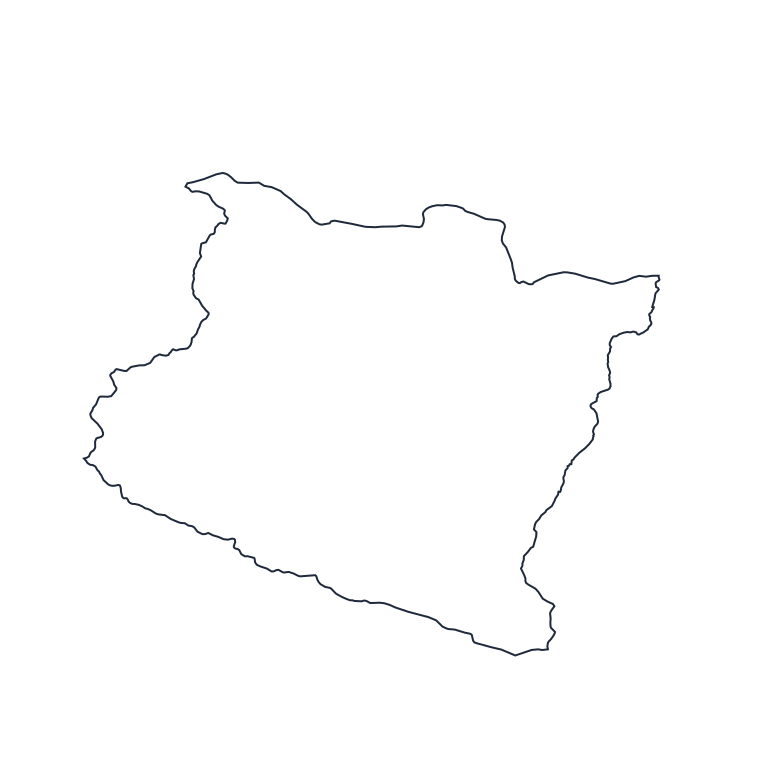 Liborina, Antioquia, Colombia (Natural Earth projection), rotated 117°
{"feature_id": "7082276B40306940233950", "entity_name": "Liborina", "entity_type": "district", "adm_level": 2, "iso_a3": "COL", "parent_name": "Colombia", "parent_adm1": "Antioquia", "projection": "natural_earth1", "projection_center": [-75.777, 6.724], "detail": "fine", "context": "isolated", "style": "outline", "palette": "slate", "viewbox_px": 768, "rotation_deg": 117, "n_neighbors": 0, "source": "geoboundaries", "source_scale": "gbopen_adm2", "svg_char_len": 6154}
<svg xmlns="http://www.w3.org/2000/svg" viewBox="0 0 768 768"><g transform="rotate(117 384 384)"><path d="M269.4,523.4L266.6,528.6L265.7,531.3L263.7,543.3L261.6,550.9L260.3,559.1L259.0,563.7L259.6,573.4L261.8,580.6L261.4,587.0L266.5,596.2L271.0,605.7L270.8,609.1L269.2,614.1L268.4,618.1L268.5,620.7L269.2,623.5L273.2,628.5L283.1,637.4L290.9,645.8L294.4,650.3L298.3,650.5L298.3,646.7L299.7,643.6L299.8,642.5L299.7,641.8L298.1,639.8L296.4,636.3L294.8,627.9L295.1,625.2L298.6,620.2L300.7,614.7L301.1,611.6L300.8,607.2L301.3,605.2L301.8,604.5L304.7,603.8L305.3,603.2L306.3,601.8L307.3,598.4L309.9,597.9L313.0,598.0L313.4,598.5L314.6,602.8L316.4,604.0L319.4,604.6L320.8,605.3L323.3,604.8L325.5,603.7L327.3,603.8L329.5,606.2L330.6,606.7L338.6,607.0L341.4,610.1L342.2,610.4L350.9,607.5L353.4,604.8L360.0,605.6L363.0,605.5L364.1,605.0L367.7,605.2L369.9,604.7L372.0,603.2L373.0,603.4L374.1,602.9L376.8,600.9L381.6,600.1L385.7,598.2L387.7,595.8L389.1,595.5L390.8,594.3L392.9,590.5L392.9,587.7L393.3,586.9L396.8,581.6L399.2,576.1L400.2,572.7L401.5,571.9L406.3,572.2L409.2,574.2L411.3,574.9L414.5,574.9L416.8,574.4L419.9,574.5L423.9,573.9L428.3,574.8L429.8,575.8L430.8,575.8L433.7,574.6L436.7,574.1L438.5,574.3L441.1,575.1L442.1,576.0L446.2,582.3L447.3,583.0L448.5,584.6L448.8,587.7L450.3,588.3L452.5,588.5L453.7,589.1L455.9,589.2L457.8,591.2L459.2,595.4L459.3,597.1L460.4,598.1L464.2,600.9L471.3,601.9L476.1,606.0L478.5,610.5L483.0,616.3L484.2,617.4L489.2,619.3L490.3,621.4L492.1,629.0L493.1,629.7L496.1,630.1L498.2,631.7L500.2,632.0L501.0,631.6L504.6,626.4L507.1,624.1L509.0,620.6L511.0,619.9L518.6,621.5L520.7,624.2L523.3,629.8L524.4,631.4L525.6,631.9L533.0,631.3L537.4,632.4L539.5,631.9L543.8,632.2L545.2,631.3L547.2,628.9L549.4,621.3L552.6,614.8L555.4,611.9L556.8,611.4L557.8,611.3L559.3,611.9L561.5,613.9L561.9,614.8L563.4,615.6L566.4,615.3L571.7,612.5L572.9,612.4L575.0,612.7L577.4,614.0L579.0,614.3L582.4,614.0L584.6,615.3L586.6,617.5L587.8,614.3L588.9,612.7L589.3,610.4L589.3,609.0L588.4,606.3L588.6,603.6L590.9,600.2L591.4,598.2L592.6,596.7L593.8,594.2L596.9,590.4L598.7,584.0L598.6,581.6L598.0,579.8L597.0,577.9L594.5,574.8L594.3,573.3L596.1,571.4L599.2,569.5L603.3,566.1L603.9,564.6L603.9,563.7L602.8,562.0L602.7,561.2L603.4,559.7L604.7,558.2L605.2,556.4L605.2,554.2L604.0,551.4L603.0,547.6L602.8,544.0L603.2,540.1L602.6,538.0L602.4,534.6L603.0,528.3L602.6,525.9L600.3,519.5L601.1,512.7L600.5,504.6L600.1,502.2L598.5,498.2L598.9,494.0L597.8,490.4L597.9,488.1L600.3,483.0L600.2,477.6L599.2,475.6L596.5,472.9L596.5,467.8L595.4,462.0L595.1,456.4L593.5,452.3L590.7,449.1L590.1,447.1L590.4,446.2L592.4,444.8L596.7,444.2L597.5,443.7L598.1,442.4L597.5,438.8L597.7,437.6L600.4,433.9L600.7,429.7L599.4,427.4L597.9,420.8L598.3,420.1L601.5,417.8L602.8,415.3L602.7,411.6L601.6,404.3L602.1,399.3L601.1,397.3L598.5,395.2L597.5,393.6L597.7,388.7L597.3,387.4L594.7,383.6L593.9,378.3L593.9,373.4L593.4,371.3L585.6,358.5L586.0,357.1L588.6,354.5L590.2,352.2L591.2,349.6L591.5,344.4L590.2,339.5L590.3,338.2L592.5,331.9L592.7,329.9L592.8,323.6L592.5,319.3L592.1,316.1L591.1,314.1L590.7,311.8L587.8,305.3L586.2,303.7L585.6,302.5L585.3,300.8L585.4,296.8L580.8,288.5L579.2,284.1L578.2,278.3L578.0,272.7L575.9,258.7L571.5,238.3L570.9,230.2L573.6,221.7L573.4,217.0L573.0,215.1L570.7,209.5L568.8,198.8L567.5,194.3L567.5,192.7L567.8,191.8L572.2,188.1L573.2,186.3L573.1,184.7L569.8,168.8L567.4,159.1L566.3,143.8L553.9,131.7L550.4,126.1L549.2,122.3L546.0,117.5L543.7,119.3L540.4,120.4L538.9,120.4L535.6,119.4L530.0,118.6L527.3,119.0L525.4,124.6L524.6,125.4L521.2,127.4L517.2,129.1L513.0,131.9L510.7,132.2L504.6,131.3L503.3,133.7L503.6,139.8L503.2,145.1L499.2,152.0L497.6,156.2L497.2,164.5L496.7,167.1L495.4,168.5L492.9,169.8L490.6,172.4L486.2,178.2L483.3,178.1L481.0,179.2L477.3,179.6L473.9,181.2L468.8,179.7L463.3,178.7L461.3,177.2L450.7,179.2L446.8,180.9L445.5,184.4L440.5,185.7L438.0,185.8L434.0,184.5L429.7,184.2L425.0,182.1L422.6,182.0L416.6,179.0L410.3,179.0L408.3,179.3L403.5,178.7L401.0,179.6L400.5,179.4L400.3,178.2L399.2,178.0L395.6,179.1L390.8,179.0L388.7,179.7L386.9,181.2L385.3,181.9L383.3,181.7L378.6,183.1L375.6,182.2L373.7,183.1L373.1,182.2L371.1,182.1L370.4,180.7L366.8,182.0L365.2,180.9L363.5,180.9L357.0,178.9L350.0,175.7L344.4,173.9L338.6,172.8L337.2,173.4L335.8,173.4L335.0,174.2L333.7,174.0L331.6,176.1L329.3,176.8L326.5,176.9L322.5,175.8L320.4,176.1L313.6,181.4L311.4,185.4L311.3,188.0L310.4,189.6L309.5,190.2L307.6,190.2L302.7,186.8L299.9,188.0L298.3,187.7L296.8,188.8L295.4,188.7L292.8,187.3L286.9,181.5L285.6,181.0L283.1,181.2L280.9,182.3L277.4,185.6L275.6,186.0L274.1,187.4L271.3,187.6L269.1,189.6L267.2,192.0L264.4,194.0L262.4,194.3L260.8,195.6L259.6,195.9L256.6,197.7L252.3,197.4L249.6,198.7L248.0,198.5L246.8,200.6L245.1,201.4L240.2,201.7L237.5,201.2L235.8,198.5L232.8,196.9L229.5,193.8L227.2,190.8L226.1,187.8L224.4,186.1L224.0,185.2L223.5,182.7L224.6,180.8L224.3,179.4L220.1,176.2L215.5,173.8L212.6,174.0L210.8,173.2L209.0,173.1L207.4,174.2L206.6,175.6L204.5,177.1L203.6,177.2L202.2,179.0L201.2,179.4L198.5,178.3L196.1,178.5L194.3,178.2L193.1,178.5L193.6,180.0L186.2,181.3L181.0,183.0L179.7,183.2L175.1,182.0L174.0,183.6L174.1,185.5L171.8,187.2L170.6,187.8L169.7,187.7L166.7,185.9L165.9,186.0L164.0,187.9L162.8,188.4L165.9,194.3L169.4,199.2L171.8,205.7L175.7,210.0L182.8,215.7L190.7,225.4L191.7,227.7L194.7,243.7L196.6,250.6L198.9,263.7L201.2,271.0L202.8,274.6L212.8,287.1L224.5,296.0L225.4,296.6L227.1,296.8L227.9,297.4L229.3,300.2L229.4,306.3L230.8,307.9L232.5,308.8L232.9,310.4L232.1,313.6L230.9,315.2L228.8,316.3L221.8,322.3L217.9,325.0L215.5,327.4L206.9,337.2L204.8,341.9L202.5,344.3L199.1,345.8L189.2,347.5L187.2,348.9L186.5,350.2L186.0,351.3L185.9,355.0L186.7,358.0L190.3,367.0L190.8,368.9L191.5,381.3L192.8,387.8L192.8,390.6L191.8,393.0L191.8,394.3L192.6,400.2L196.3,410.2L198.1,412.5L200.6,417.9L203.8,421.8L206.1,424.0L209.1,425.9L213.0,426.9L215.1,426.4L218.7,423.4L222.0,422.2L225.5,421.9L226.5,422.2L228.3,423.8L234.6,439.8L237.9,444.4L244.9,457.6L248.2,462.8L252.4,472.0L255.9,485.3L260.9,502.2L263.0,504.9L265.6,505.5L270.4,512.0L271.0,514.2L271.0,518.0L270.8,519.5L269.4,523.4Z" fill="none" stroke="#1e293b" stroke-width="2"/></g></svg>